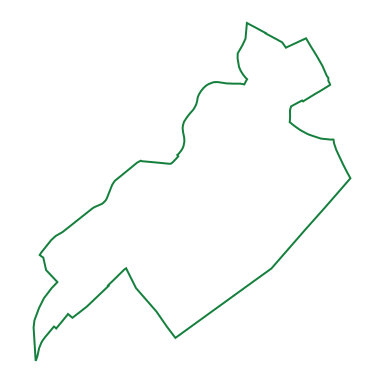 outline of Mina Al-Basal, Al Iskandariyah, Egypt
{"feature_id": "37247803B6072823038125", "entity_name": "Mina Al-Basal", "entity_type": "district", "adm_level": 2, "iso_a3": "EGY", "parent_name": "Egypt", "parent_adm1": "Al Iskandariyah", "projection": "mercator", "projection_center": [29.876, 31.167], "detail": "fine", "context": "isolated", "style": "outline", "palette": "green", "viewbox_px": 384, "rotation_deg": 0, "n_neighbors": 0, "source": "geoboundaries", "source_scale": "gbopen_adm2", "svg_char_len": 2351}
<svg xmlns="http://www.w3.org/2000/svg" viewBox="0 0 384 384"><path d="M246.9,23.0L245.5,38.7L242.3,45.5L237.7,53.4L237.6,58.4L239.0,66.9L240.7,70.8L242.8,74.2L245.3,77.4L247.1,79.2L245.9,81.3L244.3,84.4L240.6,83.7L234.5,83.7L226.7,83.4L217.2,82.0L215.6,82.2L215.3,82.1L215.0,82.0L214.0,82.2L212.3,82.6L208.4,84.2L206.0,85.7L203.3,88.2L200.8,91.4L198.9,94.5L197.7,97.5L197.1,101.2L196.3,104.1L195.2,106.5L193.8,108.9L192.5,110.6L191.1,112.1L189.0,114.6L186.5,117.9L184.8,120.6L184.3,121.3L183.9,122.1L183.0,125.2L182.6,128.0L183.1,132.3L184.2,137.7L184.4,141.6L183.5,146.1L182.8,147.9L181.3,150.5L178.7,153.7L177.3,155.0L177.8,155.6L178.3,156.2L176.7,158.1L173.3,161.7L171.3,163.5L169.6,163.8L155.2,162.4L141.9,161.2L140.7,160.7L136.9,162.8L132.9,166.1L120.8,176.0L115.0,180.7L113.9,182.1L112.1,185.0L108.7,193.6L106.9,198.2L105.7,200.4L102.8,203.3L100.8,204.4L94.7,207.0L92.4,208.4L62.5,232.1L55.9,235.8L51.2,240.1L41.2,252.6L39.7,255.0L41.9,256.7L43.3,257.6L44.1,261.2L46.1,270.1L49.9,274.1L56.4,281.0L56.8,281.4L57.4,282.1L51.4,288.4L48.7,292.0L44.0,298.1L38.9,308.3L34.4,320.5L33.6,327.4L33.6,327.5L35.4,356.6L35.7,361.0L35.7,360.9L37.3,356.5L38.2,352.4L39.1,348.2L39.9,346.2L41.2,343.0L42.6,340.5L44.8,337.5L49.4,332.0L53.9,326.6L55.6,327.8L55.9,328.2L56.2,328.5L66.9,315.5L67.4,314.8L68.0,314.0L72.4,317.8L80.8,311.3L86.6,306.8L108.7,285.8L108.4,285.5L108.1,285.3L114.3,279.4L116.2,277.5L124.0,269.8L126.1,268.3L130.7,277.5L136.0,288.1L156.4,311.5L167.0,326.8L175.4,337.9L235.8,294.2L258.9,277.5L271.4,268.5L305.3,229.6L324.1,208.5L324.6,208.0L325.0,207.5L350.4,178.3L348.9,175.5L347.8,173.5L347.7,173.4L343.2,164.7L341.0,160.0L336.3,150.0L334.1,143.5L333.5,139.6L333.1,139.5L332.7,139.5L330.6,139.6L321.0,138.6L313.3,136.1L308.4,134.4L304.9,132.6L300.3,130.1L294.5,126.0L289.7,122.2L289.9,120.2L290.1,116.9L290.0,110.0L290.9,107.1L291.0,106.8L291.1,106.5L291.1,106.4L296.2,103.6L302.1,100.5L302.6,101.0L303.1,101.4L305.4,99.9L311.3,96.3L314.2,94.5L318.3,92.1L318.6,92.0L329.2,85.5L330.1,84.9L329.7,83.4L328.4,81.0L328.3,77.7L327.2,76.5L326.9,76.0L326.6,75.4L325.3,72.5L324.8,71.2L324.4,70.4L324.0,69.6L322.5,66.0L316.6,55.7L315.3,53.6L311.0,46.7L308.8,43.0L306.0,38.3L294.2,43.8L286.4,47.4L286.1,47.6L285.9,47.7L283.5,44.2L282.1,42.3L281.8,42.1L281.4,41.9L265.6,33.4L265.8,33.1L246.9,23.0Z" fill="none" stroke="#15803d" stroke-width="2"/></svg>